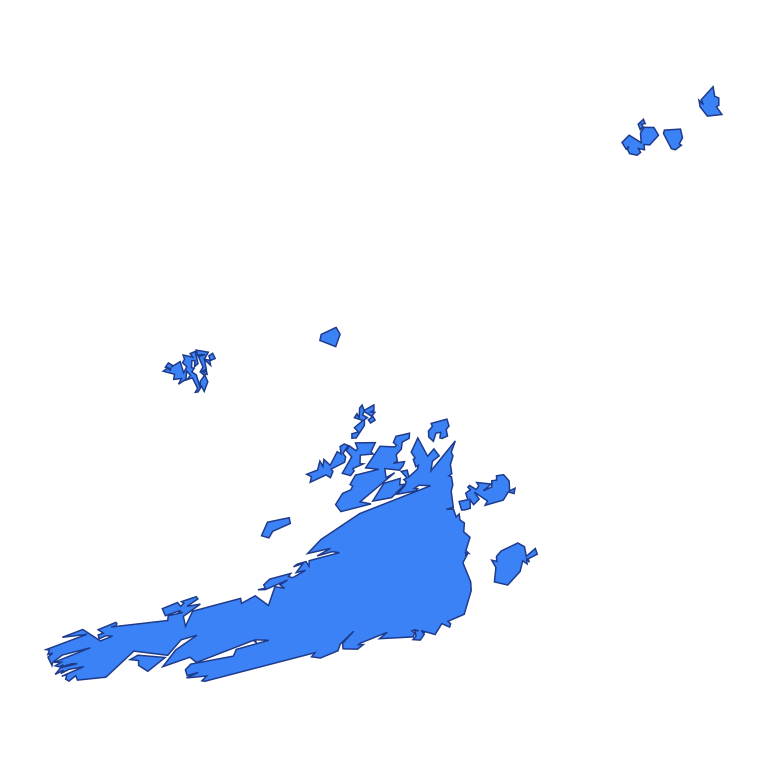 Frøya nor, Sør-Trøndelag, Norway (Albers equal-area conic projection)
{"feature_id": "86288312B66000336849668", "entity_name": "Frøya nor", "entity_type": "district", "adm_level": 2, "iso_a3": "NOR", "parent_name": "Norway", "parent_adm1": "Sør-Trøndelag", "projection": "albers", "projection_center": [8.677, 63.836], "detail": "fine", "context": "isolated", "style": "filled", "palette": "blue", "viewbox_px": 768, "rotation_deg": 0, "n_neighbors": 0, "source": "geoboundaries", "source_scale": "gbopen_adm2", "svg_char_len": 6095}
<svg xmlns="http://www.w3.org/2000/svg" viewBox="0 0 768 768"><path d="M427.6,456.2L417.8,437.9L411.2,452.2L415.1,458.0L413.3,459.4L415.8,466.7L418.4,465.3L417.3,469.3L408.8,477.0L407.2,470.1L401.1,471.4L407.0,477.9L403.8,479.6L406.2,481.6L404.6,486.0L397.2,494.2L415.6,491.0L417.7,488.9L414.2,488.5L419.0,485.2L430.7,485.7L359.7,513.6L321.1,539.4L307.6,553.5L330.5,548.4L317.1,556.0L332.1,551.7L339.4,552.7L309.2,560.7L309.0,566.1L306.0,561.6L297.5,564.0L293.5,566.8L303.0,563.4L296.2,572.6L305.5,570.3L292.7,577.7L288.4,576.6L290.7,573.5L269.7,579.1L263.7,584.9L265.4,588.1L258.0,589.8L265.4,589.6L287.5,580.0L280.0,585.0L284.6,588.3L274.9,586.7L268.5,605.5L255.2,595.8L241.5,603.4L240.6,598.4L192.6,611.2L185.5,626.4L183.3,616.4L200.3,604.1L187.1,606.3L197.9,598.9L196.2,596.7L181.4,601.6L183.8,603.3L180.7,606.4L177.5,602.5L162.3,608.7L165.4,615.7L180.6,610.4L178.4,611.9L182.8,612.5L168.2,615.8L167.7,620.5L111.1,627.0L115.8,625.9L116.9,623.7L115.8,622.4L98.1,629.7L103.3,633.2L98.2,634.9L99.1,638.8L105.9,635.7L112.6,636.1L100.4,640.9L82.8,629.5L62.3,637.3L87.0,634.3L46.1,649.6L49.5,650.2L47.8,654.5L52.7,653.0L48.0,657.2L52.0,665.6L52.8,662.2L62.4,655.0L90.3,647.8L53.8,662.4L61.3,662.3L55.2,665.8L59.6,666.9L63.3,664.7L61.9,666.7L71.9,663.7L77.3,663.7L60.7,667.7L55.2,674.4L63.5,670.2L60.8,673.5L69.2,669.3L83.8,666.6L61.7,676.3L66.9,674.6L65.6,679.2L69.0,681.1L75.7,675.7L77.5,680.1L105.9,677.2L133.8,651.1L167.7,655.3L181.1,639.8L197.0,635.2L175.8,649.9L162.8,666.7L189.9,657.2L196.5,662.4L253.3,640.4L256.3,642.6L255.2,639.8L268.8,640.3L236.3,649.4L233.4,656.1L190.8,664.1L185.4,669.8L187.1,675.6L198.2,672.5L186.5,677.9L206.7,676.0L201.9,680.8L204.7,681.3L315.0,652.7L311.5,656.8L320.4,658.0L337.9,650.8L340.2,644.1L353.7,631.2L342.6,643.3L343.1,648.8L357.5,649.2L363.3,644.6L358.5,644.7L360.4,643.1L387.3,632.3L379.5,638.7L413.2,636.9L414.7,633.0L411.9,630.9L415.0,629.6L418.6,630.9L415.0,630.7L416.0,636.1L413.0,639.6L420.3,640.1L424.2,634.4L422.4,632.0L425.2,632.7L421.1,630.5L435.1,634.5L441.8,623.6L449.6,627.1L450.6,623.7L447.9,621.3L464.2,614.3L471.2,590.6L470.7,581.9L462.9,562.7L467.7,553.7L465.9,555.2L465.4,552.5L468.6,553.2L465.9,550.6L470.0,537.3L463.7,531.8L464.4,523.0L459.9,519.9L459.2,514.0L456.1,517.0L453.5,509.1L446.2,509.3L453.3,507.4L451.2,491.1L452.8,484.9L451.5,476.9L448.8,475.9L451.8,473.7L450.4,464.5L453.0,455.9L451.2,452.4L455.3,440.9L431.0,470.8L432.4,461.2L439.2,455.9L433.9,448.9L427.6,456.2ZM409.5,433.2L396.0,436.3L393.4,442.5L396.5,445.1L394.9,446.9L380.0,446.3L365.6,467.9L378.8,469.3L355.5,475.1L350.1,484.5L352.7,486.2L350.8,489.8L342.6,493.4L335.6,504.6L340.9,511.6L371.0,503.9L360.1,501.8L394.7,472.7L386.1,477.7L384.8,468.6L399.5,470.2L403.1,465.6L404.5,461.6L393.3,463.3L397.4,461.1L396.2,454.8L401.3,449.1L402.2,442.1L409.2,438.3L409.5,433.2ZM517.8,543.0L501.3,550.9L496.5,556.4L496.7,561.4L491.7,560.2L495.9,567.5L494.4,581.9L507.7,585.0L520.1,571.5L522.7,560.8L527.1,563.9L526.5,558.2L529.3,562.3L528.2,558.8L537.3,554.2L535.3,548.5L526.3,556.3L524.5,546.7L517.8,543.0ZM503.6,474.7L496.5,475.8L496.6,480.1L491.7,480.8L491.9,486.9L483.3,490.8L491.3,484.0L476.7,482.5L478.8,485.8L476.3,489.5L469.5,485.4L467.9,487.2L470.3,489.7L465.7,493.2L467.9,499.7L459.1,501.5L461.6,510.1L465.3,509.8L470.3,508.3L470.0,499.7L473.6,504.7L479.2,499.2L474.3,492.1L487.5,501.0L485.1,505.3L503.3,500.1L508.3,491.9L514.0,493.6L515.0,488.2L509.6,490.9L509.1,481.0L503.6,474.7ZM208.3,352.2L196.2,350.1L197.5,355.3L200.2,354.6L205.2,354.6L198.4,356.6L203.0,367.0L200.2,371.9L204.4,375.5L200.2,381.4L200.3,388.0L196.3,374.9L191.9,371.9L194.1,368.4L191.5,367.5L191.9,360.6L194.9,360.6L194.5,366.7L198.0,363.6L195.3,351.4L190.1,353.6L192.7,357.1L183.1,355.0L184.5,359.3L182.5,362.8L186.8,366.7L183.7,372.8L180.1,361.6L171.2,367.1L172.7,365.5L168.4,362.9L165.4,367.2L170.6,368.5L170.2,370.3L167.5,368.1L163.2,371.2L174.5,374.2L173.7,379.4L181.5,378.5L178.5,384.2L185.9,379.3L186.7,371.1L190.6,375.4L186.7,379.8L192.4,377.8L197.6,388.4L195.3,392.3L198.1,391.9L201.6,386.2L204.2,391.4L207.8,381.8L204.5,374.4L207.1,374.4L206.3,370.1L204.5,372.3L202.3,371.4L206.3,369.2L204.5,359.6L210.6,365.3L209.7,360.8L215.2,358.5L212.6,353.3L208.9,355.8L210.3,360.4L204.4,359.2L208.3,352.2ZM643.4,119.3L638.2,124.1L640.4,130.0L641.9,127.7L643.5,128.4L640.5,133.2L641.2,142.7L629.2,135.2L622.0,142.5L626.2,149.2L628.8,146.3L627.5,149.4L629.7,153.7L637.1,155.2L640.6,152.4L638.4,148.5L644.5,149.8L644.0,144.5L649.7,144.9L658.5,135.3L653.9,127.5L643.5,127.3L641.3,124.1L645.2,123.6L643.4,119.3ZM348.2,445.6L344.3,444.0L340.1,446.5L341.0,454.0L337.2,451.7L330.2,465.3L323.9,459.4L322.9,466.5L319.9,461.1L317.6,470.0L306.7,474.3L311.5,476.7L310.2,482.3L326.0,474.9L330.4,477.7L332.9,471.6L331.2,469.0L344.5,462.3L345.7,457.1L343.0,453.4L348.2,445.6ZM375.3,442.6L355.5,442.9L357.6,448.6L356.0,450.7L349.3,445.9L346.5,450.6L351.7,456.9L342.3,473.3L350.5,475.6L354.1,471.0L352.9,468.5L363.3,463.9L360.0,463.6L360.3,455.1L373.2,454.0L371.0,451.8L375.3,442.6ZM713.1,86.7L701.2,99.8L703.4,104.6L699.0,100.3L700.1,106.8L707.4,116.1L721.9,114.5L716.4,106.7L718.8,105.4L718.8,98.0L714.7,96.3L713.1,86.7ZM400.2,478.4L383.8,483.3L372.8,501.1L391.6,497.6L404.9,484.2L399.7,484.8L400.2,478.4ZM289.2,517.7L267.5,522.2L261.5,535.7L268.9,537.9L272.7,531.3L290.3,523.4L289.2,517.7ZM137.9,655.2L130.2,659.6L138.5,660.5L138.6,665.4L147.8,671.3L165.1,657.5L137.9,655.2ZM446.9,419.1L431.2,423.4L432.4,426.5L428.5,430.9L428.7,437.0L433.4,441.3L435.9,433.1L440.7,432.4L439.9,437.8L442.0,438.5L447.5,436.0L446.2,429.5L449.0,426.0L446.9,419.1ZM362.1,405.0L359.6,408.1L359.2,418.1L357.0,413.7L354.4,417.7L362.9,420.5L354.4,427.7L358.4,432.0L351.9,433.8L351.9,438.2L356.2,437.9L364.4,425.5L364.4,419.8L367.4,417.6L362.6,415.0L364.1,411.4L372.5,416.9L368.3,419.8L370.5,423.0L375.1,420.2L372.2,415.4L374.8,412.3L370.9,411.9L373.9,410.6L373.9,404.9L364.1,410.4L362.1,405.0ZM680.5,129.1L664.4,130.1L663.5,133.5L671.4,148.7L675.3,149.8L681.4,145.2L679.2,143.9L682.5,137.8L680.5,129.1ZM336.1,327.4L321.2,334.4L319.9,340.5L335.7,346.6L340.1,334.3L336.1,327.4Z" fill="#3b82f6" stroke="#1e3a8a" stroke-width="1.5"/></svg>